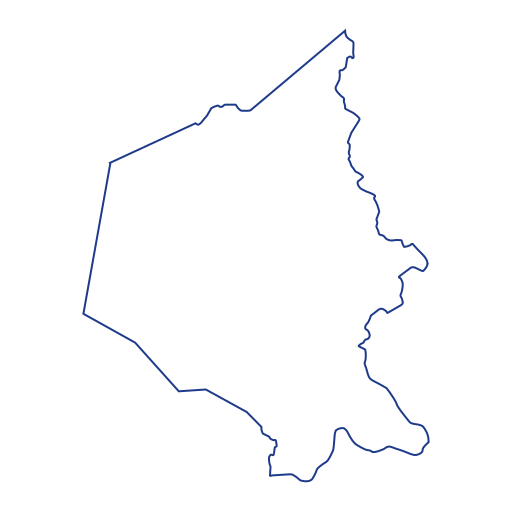 the district of La Virtud, Lempira, Honduras
{"feature_id": "27666195B16098778662068", "entity_name": "La Virtud", "entity_type": "district", "adm_level": 2, "iso_a3": "HND", "parent_name": "Honduras", "parent_adm1": "Lempira", "projection": "mercator", "projection_center": [-88.659, 14.074], "detail": "fine", "context": "isolated", "style": "outline", "palette": "blue", "viewbox_px": 512, "rotation_deg": 0, "n_neighbors": 0, "source": "geoboundaries", "source_scale": "gbopen_adm2", "svg_char_len": 6069}
<svg xmlns="http://www.w3.org/2000/svg" viewBox="0 0 512 512"><path d="M345.1,30.7L250.5,110.3L249.8,110.5L248.7,110.7L246.2,110.8L241.8,110.7L240.8,110.5L240.3,110.2L237.9,108.0L237.0,106.7L236.1,105.2L235.8,104.9L235.3,104.7L230.7,104.7L225.3,104.7L224.7,104.8L224.1,105.1L222.9,106.2L222.3,106.5L221.8,106.8L221.0,106.9L220.4,106.9L219.8,106.7L219.4,106.5L218.6,105.8L217.9,105.6L216.9,105.8L215.3,106.3L213.0,107.3L211.3,108.2L207.1,115.5L204.6,118.4L201.3,122.5L200.1,123.6L198.8,124.5L198.2,124.7L197.6,124.6L196.4,124.0L195.5,123.3L109.9,162.9L110.3,163.5L83.4,313.8L135.1,342.6L178.8,391.3L205.8,389.5L246.7,412.0L261.4,426.9L261.4,428.8L261.6,430.2L262.1,431.9L262.9,433.6L269.0,436.6L269.4,437.0L269.7,437.8L270.0,438.3L270.6,438.8L271.2,439.2L272.5,439.8L273.2,440.1L274.0,440.1L274.9,440.0L275.3,440.0L275.6,440.3L275.9,440.8L276.4,443.2L276.6,445.0L276.6,445.9L276.5,446.3L276.2,446.6L275.1,447.1L274.7,447.8L274.2,451.9L273.9,453.5L273.6,454.6L273.3,455.0L272.8,455.1L272.4,455.1L271.8,454.8L271.4,454.7L270.9,454.8L270.4,455.0L270.0,455.5L269.5,456.3L269.2,456.9L269.0,457.7L269.0,459.8L269.3,462.3L269.6,464.1L270.4,466.2L270.5,467.0L270.0,475.6L270.3,475.8L270.6,475.8L272.4,475.4L273.8,475.3L286.4,474.5L290.0,474.3L291.7,474.4L292.7,474.7L295.4,476.4L297.1,477.6L299.1,479.4L300.2,480.2L301.0,480.5L302.0,480.8L304.5,481.2L306.5,481.3L308.6,481.0L310.3,480.5L311.5,479.7L312.0,479.2L312.8,478.1L314.3,475.5L315.7,472.7L316.9,469.5L317.7,468.3L319.3,466.8L322.4,464.4L326.4,461.8L327.2,461.0L328.0,460.1L329.4,457.8L331.0,454.8L332.9,450.8L333.2,450.0L333.5,448.2L333.9,444.7L334.7,434.9L335.0,433.0L335.6,431.1L335.9,430.5L336.4,430.0L337.8,429.2L339.2,428.6L341.0,428.2L343.0,428.1L344.2,428.4L345.1,429.1L346.1,430.1L347.2,431.5L349.6,436.1L352.3,440.4L354.3,442.8L355.2,443.7L356.3,444.6L360.5,447.1L364.6,449.2L367.1,450.1L369.1,450.3L370.1,450.6L370.9,450.9L372.0,451.8L372.8,452.0L373.8,452.1L374.9,452.0L376.6,451.6L378.3,451.2L381.1,450.1L383.5,449.2L384.6,448.5L386.1,447.5L387.0,447.0L388.4,446.6L389.7,446.6L390.9,446.8L395.5,448.5L402.3,450.7L410.9,454.1L413.9,454.9L415.0,455.0L416.0,455.0L417.6,454.6L419.4,453.9L420.8,453.1L421.6,452.4L422.1,451.8L422.4,451.2L422.6,450.5L422.7,449.1L423.2,448.0L424.1,446.7L425.4,445.2L428.6,442.1L428.5,439.7L428.3,437.6L427.8,435.6L427.2,433.6L426.6,432.2L426.0,431.1L424.6,428.7L423.1,426.7L422.1,425.9L420.7,425.3L418.0,424.5L414.4,424.0L413.0,423.7L411.1,423.1L410.2,422.5L409.1,421.4L405.5,417.0L400.8,410.9L398.9,408.2L397.4,405.8L395.9,402.2L393.7,398.3L390.0,392.8L386.8,388.4L385.8,387.7L382.7,385.9L378.6,383.6L374.5,381.5L372.8,380.6L370.7,379.2L369.6,378.0L368.8,376.6L367.9,374.3L366.1,367.9L365.0,365.0L364.7,363.6L364.6,363.0L364.7,362.5L365.3,360.7L365.6,359.3L365.8,356.5L365.7,352.6L365.5,351.2L365.2,349.9L365.0,349.5L364.6,349.2L359.2,346.5L358.8,346.2L358.7,346.0L358.8,345.8L359.0,345.5L360.3,344.3L361.2,343.7L362.7,343.1L363.3,342.7L363.8,342.0L364.5,340.7L365.3,339.8L366.1,339.4L367.6,338.9L368.3,338.5L368.9,337.8L369.3,337.1L369.6,336.1L369.7,335.0L369.4,333.8L369.0,332.6L368.4,331.3L367.8,330.6L367.0,329.9L366.0,329.3L365.5,328.8L365.2,328.1L365.2,327.2L365.4,326.2L365.8,325.2L366.5,324.3L367.8,322.8L368.6,321.4L370.1,318.1L370.7,316.0L371.2,315.3L374.1,313.2L378.5,309.7L379.7,309.1L380.9,308.8L382.2,308.8L383.0,309.1L383.6,309.4L384.8,310.2L386.0,311.0L386.6,311.8L387.2,312.7L387.4,312.9L387.7,312.8L400.6,305.4L401.7,304.6L402.5,303.7L402.7,303.1L402.8,302.5L402.4,300.6L401.9,298.8L401.5,297.8L400.7,296.5L400.5,295.5L400.7,294.4L401.3,293.0L401.7,291.8L402.4,288.4L402.7,285.9L402.7,283.5L402.4,282.1L401.2,279.3L400.8,278.8L400.4,278.3L399.1,277.5L399.0,277.0L399.1,276.6L399.7,276.1L401.2,274.9L410.7,267.8L411.3,267.5L411.8,267.3L412.5,267.2L413.5,267.3L415.1,267.6L420.8,270.4L422.2,270.9L422.8,271.1L423.0,271.0L423.6,270.6L424.4,269.7L425.9,267.9L427.0,265.8L427.5,264.2L427.4,264.2L427.4,263.3L427.3,262.2L426.9,260.6L426.3,259.4L424.8,257.0L422.1,254.0L418.1,250.0L413.3,244.7L412.7,244.0L412.2,243.9L411.7,244.0L410.1,245.2L408.4,246.0L406.4,246.5L404.3,246.9L403.9,246.6L403.4,245.6L402.4,243.3L401.8,241.1L401.5,240.6L401.3,240.3L400.9,240.2L399.7,240.1L397.0,240.0L395.3,240.1L393.0,240.4L391.6,240.5L390.2,240.4L389.0,240.1L387.6,239.6L386.4,238.9L385.6,238.2L384.5,236.8L383.3,235.8L382.1,235.2L380.1,234.8L379.5,234.5L379.2,234.1L378.8,233.1L378.1,230.5L377.6,229.4L376.7,227.6L376.4,226.4L376.5,225.6L377.1,224.1L377.3,223.0L377.1,221.6L376.5,219.9L376.5,219.1L379.1,212.1L379.2,211.4L378.6,209.2L377.4,205.3L376.0,202.1L374.7,199.9L374.2,198.7L374.1,198.3L374.2,197.8L374.4,197.3L375.0,196.6L375.0,196.1L375.0,195.8L374.8,195.5L374.1,194.9L372.7,194.1L370.3,193.0L365.9,191.3L362.7,189.7L360.4,188.3L359.8,187.6L359.1,186.7L358.2,185.3L357.8,184.2L357.6,182.8L357.7,181.9L358.0,181.4L358.3,181.1L360.6,179.4L362.5,177.7L362.9,177.3L362.9,176.7L362.3,175.7L361.1,174.7L358.3,172.9L355.9,171.8L355.2,171.1L353.6,168.7L351.5,166.0L351.2,165.3L350.1,162.1L348.6,159.2L348.6,158.7L348.7,158.3L349.6,157.3L349.8,156.5L349.7,155.4L349.0,154.0L348.8,153.1L348.9,151.6L349.5,149.5L349.6,148.4L349.8,145.3L349.6,144.6L349.3,144.1L349.0,143.6L348.3,143.2L348.1,142.8L347.9,142.3L348.0,141.8L351.3,132.8L358.7,121.1L359.4,119.7L359.5,118.9L359.3,118.3L357.9,116.7L356.1,115.1L353.8,113.3L352.9,112.7L345.9,109.1L345.4,108.7L345.1,108.1L345.1,106.8L345.0,105.6L343.9,101.6L343.9,100.7L344.1,99.3L343.9,98.4L343.2,97.5L341.6,96.4L340.6,95.5L337.5,92.2L336.8,91.2L336.2,90.3L335.9,89.4L335.6,88.5L335.6,87.7L335.8,86.9L339.4,79.7L339.8,75.4L339.8,74.1L339.5,72.2L339.6,71.4L339.7,70.9L340.1,70.5L340.4,70.3L342.0,70.2L343.0,69.8L344.2,68.8L345.6,67.4L345.7,67.0L346.0,65.8L347.1,58.6L347.3,58.0L348.7,57.1L349.5,56.7L349.9,56.6L350.6,56.6L351.1,56.9L351.6,57.3L352.0,57.9L352.4,58.1L352.8,58.1L353.2,57.9L353.5,57.6L353.6,57.3L353.6,56.0L353.3,53.9L353.2,52.5L353.5,44.6L353.5,43.2L353.4,42.7L353.1,42.0L352.4,41.2L350.2,39.9L349.0,39.0L347.7,37.9L346.7,36.9L346.0,35.3L345.4,33.7L345.2,32.3L345.1,30.7Z" fill="none" stroke="#1e3a8a" stroke-width="2"/></svg>